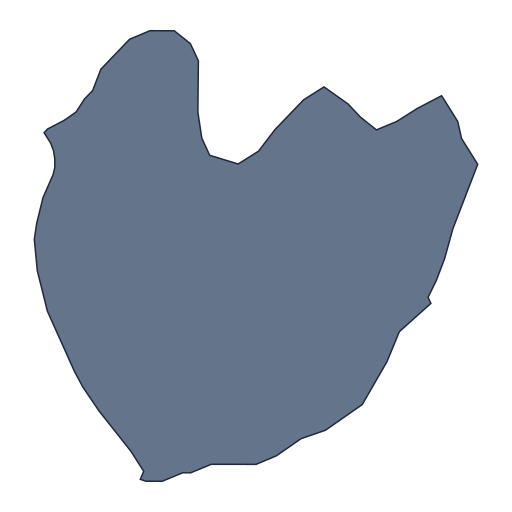 Ichon, Kangwŏn-do, North Korea (Albers equal-area conic projection)
{"feature_id": "82179303B59888018028618", "entity_name": "Ichon", "entity_type": "district", "adm_level": 2, "iso_a3": "PRK", "parent_name": "North Korea", "parent_adm1": "Kangwŏn-do", "projection": "albers", "projection_center": [126.851, 38.503], "detail": "fine", "context": "isolated", "style": "filled", "palette": "slate", "viewbox_px": 512, "rotation_deg": 0, "n_neighbors": 0, "source": "geoboundaries", "source_scale": "gbopen_adm2", "svg_char_len": 938}
<svg xmlns="http://www.w3.org/2000/svg" viewBox="0 0 512 512"><path d="M430.9,303.4L428.1,297.3L436.4,280.2L444.6,258.7L452.9,228.7L461.2,207.2L477.7,164.3L461.6,138.6L457.7,121.4L441.6,95.7L417.2,108.5L396.8,121.4L376.4,129.9L360.3,117.0L348.2,104.1L324.0,86.9L303.6,99.8L291.3,112.6L274.9,129.7L258.5,151.2L238.1,164.0L209.7,155.3L201.8,138.1L197.9,112.4L198.1,86.7L198.3,69.5L198.4,60.9L190.4,43.7L174.3,30.8L149.9,30.7L129.6,39.2L109.1,60.6L100.9,69.2L92.6,90.6L84.4,99.1L76.1,112.0L63.9,120.5L47.5,129.0L44.1,132.7L50.7,143.2L53.5,150.7L54.8,158.7L54.8,167.5L53.1,174.6L43.0,197.6L36.7,223.3L34.3,239.3L37.3,270.7L45.1,301.9L47.3,311.0L74.6,371.7L83.0,387.3L99.2,411.2L130.8,451.1L143.7,471.3L140.3,479.3L145.9,481.2L162.2,481.3L182.6,472.8L190.7,472.8L211.2,464.3L235.6,464.3L256.0,464.4L276.4,455.8L301.0,438.7L325.5,430.2L362.3,404.5L387.0,361.6L399.4,331.6L430.9,303.4Z" fill="#64748b" stroke="#1e293b" stroke-width="1.5"/></svg>